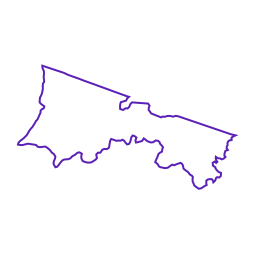 outline of Aurelino Leal, Bahia, Brazil, rotated 186°
{"feature_id": "56859067B29822168612892", "entity_name": "Aurelino Leal", "entity_type": "district", "adm_level": 2, "iso_a3": "BRA", "parent_name": "Brazil", "parent_adm1": "Bahia", "projection": "mercator", "projection_center": [-39.489, -14.363], "detail": "fine", "context": "isolated", "style": "outline", "palette": "violet", "viewbox_px": 256, "rotation_deg": 186, "n_neighbors": 0, "source": "geoboundaries", "source_scale": "gbopen_adm2", "svg_char_len": 3116}
<svg xmlns="http://www.w3.org/2000/svg" viewBox="0 0 256 256"><g transform="rotate(186 128 128)"><path d="M155.7,94.9L156.4,96.8L156.8,98.4L155.3,100.3L153.1,100.5L152.2,101.8L151.4,103.6L149.5,104.7L146.8,104.8L145.0,106.3L144.7,107.8L144.6,110.8L144.4,113.3L143.6,115.3L140.3,114.6L138.0,114.0L136.5,114.5L134.1,114.6L132.2,115.8L130.4,114.8L128.8,113.0L127.1,111.6L125.3,112.3L124.3,114.6L124.0,116.9L123.6,119.3L122.6,121.0L120.6,120.6L118.6,119.4L119.3,116.4L118.6,114.4L117.1,114.8L115.1,115.6L112.7,116.5L111.2,119.3L109.0,118.0L107.7,117.1L106.2,116.6L103.7,116.0L101.5,116.5L99.2,118.5L96.8,118.4L95.3,117.4L94.3,115.5L92.8,114.3L91.2,112.5L91.7,110.2L91.7,108.1L93.6,106.8L94.9,105.4L95.5,103.2L95.9,101.7L96.8,99.0L97.4,96.9L95.8,96.0L94.4,94.8L93.5,93.4L92.0,92.4L89.9,92.3L88.0,92.0L86.1,92.1L83.9,92.9L82.1,94.7L80.2,96.2L78.1,95.8L76.6,96.7L74.2,97.9L72.1,98.8L70.7,98.1L69.5,96.6L68.5,93.4L66.1,91.8L63.7,90.5L61.6,88.2L59.5,87.3L58.3,85.9L58.5,84.3L58.1,81.5L56.9,79.5L55.9,77.6L52.9,75.9L51.2,75.0L49.1,75.6L47.3,77.0L45.3,78.6L43.8,79.5L44.4,81.2L44.6,83.8L43.3,85.1L41.6,85.7L39.4,85.9L38.1,84.7L37.4,82.9L35.8,84.8L35.3,87.3L34.2,88.4L32.1,88.3L30.7,90.0L30.8,93.1L33.2,93.7L34.8,94.9L36.5,96.6L37.1,98.1L39.6,99.5L40.1,102.3L38.2,103.7L36.7,102.5L35.6,103.7L36.7,105.0L37.6,106.8L37.6,108.5L35.6,107.4L33.2,107.3L31.4,106.6L29.6,107.6L28.0,109.4L29.3,110.6L29.3,112.9L28.7,115.5L26.4,116.6L27.7,118.1L27.9,119.7L27.2,121.1L27.5,123.5L27.0,125.1L25.9,126.3L23.7,126.8L24.0,129.3L22.0,130.9L20.3,131.9L25.3,132.6L77.5,144.5L80.1,145.0L82.3,144.9L84.3,144.0L87.6,144.4L90.3,144.0L92.5,143.0L94.7,143.0L96.2,142.0L106.5,144.9L107.8,146.5L109.3,148.1L109.5,150.0L108.9,152.3L110.5,154.4L126.7,153.9L128.3,151.7L128.9,149.2L130.5,147.4L132.6,147.3L134.8,145.4L137.8,146.1L138.2,148.6L138.2,150.9L137.8,152.9L132.8,155.0L131.9,157.3L130.3,159.1L132.6,159.5L145.9,162.8L151.4,164.2L155.8,165.3L161.8,166.8L164.2,167.4L177.2,170.6L181.6,171.8L193.2,174.6L197.4,176.1L219.7,181.0L219.4,179.0L218.6,177.4L217.6,175.8L217.3,173.8L217.2,171.1L217.1,169.1L216.4,166.7L216.3,164.9L217.2,163.4L217.2,160.9L216.8,158.3L216.9,156.1L217.2,153.4L217.8,151.3L218.7,149.0L218.7,146.2L218.6,144.4L217.5,143.2L215.6,142.0L213.5,140.8L213.8,138.8L215.6,137.7L216.7,136.2L216.6,134.1L217.4,131.8L218.3,128.9L219.0,126.9L220.3,125.3L221.2,123.0L222.1,121.2L223.1,119.1L224.5,117.2L225.8,115.1L226.7,113.0L228.0,110.2L229.6,108.3L230.6,107.0L231.9,105.7L233.8,104.0L235.3,102.1L235.7,100.0L233.4,99.8L231.2,100.0L229.0,100.8L226.4,101.8L223.9,101.9L221.9,101.7L219.6,101.7L217.5,101.4L216.0,100.0L213.9,99.7L212.2,100.0L209.8,100.6L208.0,100.8L206.4,100.0L205.0,99.1L203.6,98.1L202.4,97.0L201.4,95.7L199.1,94.4L198.0,93.1L197.2,91.8L197.4,89.9L198.3,87.0L198.4,84.9L197.5,83.3L196.1,81.4L194.6,81.9L192.9,84.2L192.0,85.9L190.1,88.7L188.4,89.9L186.7,90.3L184.2,90.7L182.2,91.8L180.4,94.1L177.8,95.9L175.9,97.9L174.2,98.7L172.6,98.3L171.2,97.5L171.5,95.5L171.3,93.3L170.5,91.7L169.4,90.3L167.5,89.8L165.2,89.4L162.9,89.5L160.7,90.1L158.6,91.8L156.9,93.1L155.7,94.9Z" fill="none" stroke="#5b21b6" stroke-width="2"/></g></svg>